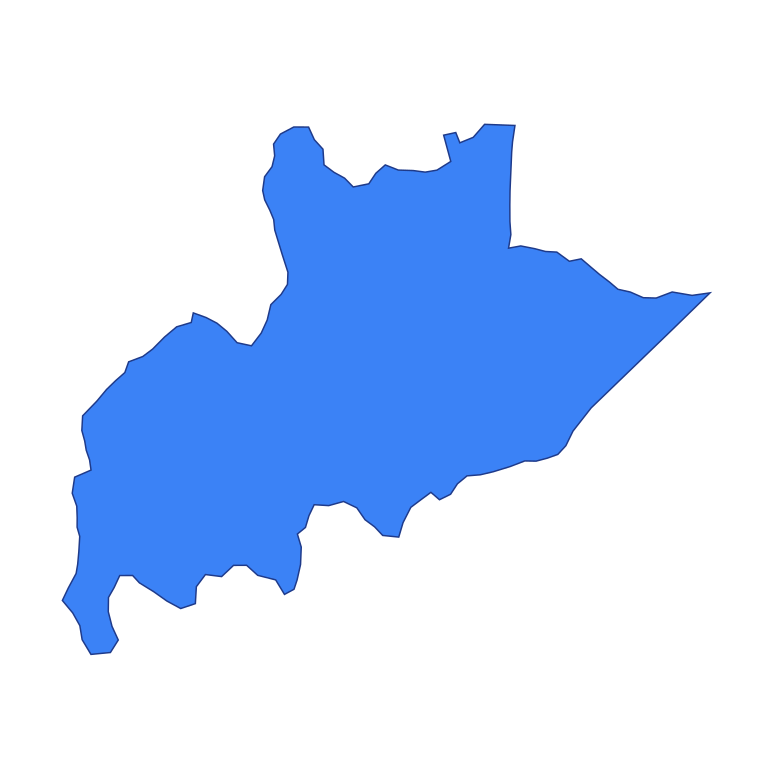 the district of Tanguá, Rio de Janeiro, Brazil, rotated 88°
{"feature_id": "56859067B54555511090464", "entity_name": "Tanguá", "entity_type": "district", "adm_level": 2, "iso_a3": "BRA", "parent_name": "Brazil", "parent_adm1": "Rio de Janeiro", "projection": "robinson", "projection_center": [-42.724, -22.773], "detail": "fine", "context": "isolated", "style": "filled", "palette": "blue", "viewbox_px": 768, "rotation_deg": 88, "n_neighbors": 0, "source": "geoboundaries", "source_scale": "gbopen_adm2", "svg_char_len": 2038}
<svg xmlns="http://www.w3.org/2000/svg" viewBox="0 0 768 768"><g transform="rotate(88 384 384)"><path d="M352.9,638.4L363.5,642.6L371.3,652.1L379.8,661.5L391.2,671.7L405.3,686.3L419.9,687.6L430.5,685.1L439.8,683.9L449.6,680.9L459.8,679.8L466.3,696.4L482.3,699.4L495.4,695.3L506.8,695.3L516.4,695.7L525.7,693.4L540.5,694.8L553.3,696.4L562.6,698.3L576.8,706.6L589.1,713.0L601.9,703.1L614.9,696.4L629.0,694.6L644.0,686.3L642.8,666.8L630.6,658.5L616.7,664.3L601.9,667.5L587.7,666.8L578.0,660.8L566.2,654.8L566.6,641.9L574.2,635.4L583.6,621.3L593.3,608.6L601.3,595.0L596.9,580.2L580.0,578.6L568.2,569.1L570.8,553.0L560.0,540.7L560.4,527.6L570.8,516.9L576.0,499.1L590.8,490.8L586.0,481.1L576.8,477.7L561.5,473.7L544.1,472.4L530.9,475.8L524.6,467.5L513.0,463.6L502.2,458.0L503.6,443.5L500.0,428.5L506.8,415.5L519.0,407.7L526.4,398.4L535.3,390.6L537.5,374.6L523.2,369.8L508.2,361.5L501.2,351.5L493.9,340.9L501.6,332.6L496.5,321.3L486.3,314.1L478.7,304.2L478.1,291.0L475.5,277.9L470.9,260.8L465.8,246.0L466.4,234.7L463.8,223.3L460.4,212.7L452.0,204.4L437.7,196.8L415.1,177.8L339.9,94.2L304.3,55.0L306.2,73.0L302.1,92.8L307.6,109.0L306.8,121.9L300.7,134.6L297.5,146.9L289.9,155.2L282.1,164.7L273.9,173.7L265.8,182.5L267.8,194.5L258.2,206.7L257.2,218.0L254.0,228.7L250.8,242.5L252.6,254.8L239.1,252.0L225.9,252.5L209.5,252.0L195.2,251.3L156.7,248.3L146.5,247.1L130.2,244.1L128.0,274.4L140.6,286.2L145.6,299.8L135.2,303.5L137.4,315.7L163.9,309.5L172.1,323.6L173.7,335.4L171.7,347.4L170.7,362.2L165.1,375.1L173.1,384.8L183.4,392.2L186.0,407.9L176.9,416.2L170.7,426.6L162.9,436.3L147.2,436.8L137.4,445.1L124.6,450.4L124.0,465.2L130.6,478.8L140.4,486.0L152.2,485.3L162.9,488.3L172.7,496.1L186.4,498.5L195.8,496.8L206.4,492.0L215.8,488.5L226.3,487.8L235.7,485.3L251.4,481.1L269.0,476.1L281.1,477.0L290.9,483.7L300.7,494.3L316.0,498.5L328.8,504.9L341.2,515.1L337.6,529.4L325.8,539.3L317.4,548.8L311.4,559.4L306.3,572.1L315.8,574.5L319.6,589.2L329.4,601.7L341.0,614.0L348.1,624.1L352.9,638.4Z" fill="#3b82f6" stroke="#1e3a8a" stroke-width="1.5"/></g></svg>